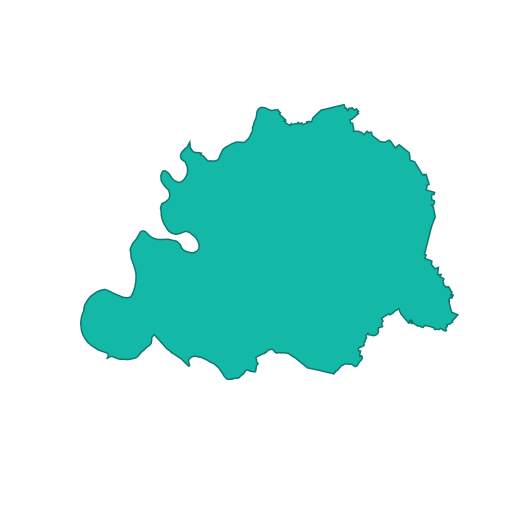 San Rafael, Veracruz, Mexico, rotated 160°
{"feature_id": "50627088B57037698095260", "entity_name": "San Rafael", "entity_type": "district", "adm_level": 2, "iso_a3": "MEX", "parent_name": "Mexico", "parent_adm1": "Veracruz", "projection": "albers", "projection_center": [-96.918, 20.214], "detail": "fine", "context": "isolated", "style": "filled", "palette": "teal", "viewbox_px": 512, "rotation_deg": 160, "n_neighbors": 0, "source": "geoboundaries", "source_scale": "gbopen_adm2", "svg_char_len": 6075}
<svg xmlns="http://www.w3.org/2000/svg" viewBox="0 0 512 512"><g transform="rotate(160 256 256)"><path d="M187.5,386.7L191.2,387.2L192.8,388.2L196.8,392.1L199.0,393.4L200.6,393.9L203.3,393.4L205.5,391.5L208.7,385.7L211.9,382.5L213.8,379.6L215.1,378.3L216.6,374.6L218.2,373.1L219.0,372.6L220.7,370.6L223.4,368.6L225.9,367.7L226.3,367.1L227.1,366.9L228.7,366.9L234.0,369.3L235.8,369.8L240.3,369.7L241.5,369.4L247.1,368.7L250.6,367.4L255.7,362.6L256.1,361.6L256.9,361.1L257.7,359.9L259.6,359.3L263.4,359.6L266.4,361.1L267.2,360.8L269.2,362.6L270.8,367.0L271.6,368.3L273.5,370.2L272.1,371.2L274.4,372.7L278.1,374.2L279.7,376.0L280.6,380.1L279.3,385.7L283.1,382.1L286.2,381.0L289.7,379.2L291.2,378.1L292.5,376.3L293.1,374.6L293.0,372.6L291.3,369.8L290.3,368.8L290.1,364.6L290.2,362.3L290.8,360.8L290.6,360.6L292.7,356.6L294.4,354.7L298.2,352.1L300.7,351.3L303.2,351.5L304.1,352.0L307.1,355.1L308.5,358.1L309.4,362.4L310.5,364.8L311.8,366.7L312.6,367.3L314.2,367.7L315.8,366.6L318.0,364.0L319.3,359.1L318.5,354.8L317.5,351.8L316.5,349.9L315.5,347.4L316.1,342.7L317.6,340.2L318.6,339.3L322.5,337.8L326.6,337.4L329.4,333.7L329.7,331.0L331.1,326.4L331.6,323.1L331.5,318.2L330.2,311.3L329.2,308.7L327.4,306.3L324.0,303.8L319.9,303.1L315.7,303.3L313.3,303.1L312.4,302.6L312.0,302.0L311.1,301.5L310.2,300.6L306.5,294.2L305.6,290.4L305.5,288.2L305.9,284.9L307.3,282.3L309.4,280.8L313.5,280.4L315.7,281.1L320.4,284.4L322.2,286.6L323.1,289.1L323.3,292.7L325.3,296.8L332.8,301.8L340.1,304.1L344.0,305.9L346.5,308.0L348.1,309.8L349.6,312.4L351.1,315.9L352.5,317.7L354.2,318.4L356.1,318.3L362.7,312.8L367.2,310.2L368.5,309.1L371.2,306.2L372.2,304.6L372.5,302.2L374.0,296.8L374.0,289.0L374.3,284.0L374.9,280.2L375.8,277.4L377.5,273.4L380.5,268.1L384.1,263.6L387.6,260.4L390.7,260.6L394.6,262.3L400.8,267.8L406.7,274.0L409.5,276.3L412.4,276.8L416.3,276.9L419.2,276.4L424.1,275.0L426.3,274.1L429.5,272.0L433.1,269.1L434.6,267.4L436.7,263.5L436.6,263.3L439.3,260.4L441.3,257.6L443.7,252.9L445.5,245.5L445.6,241.9L445.1,237.7L443.7,232.6L441.5,228.6L436.3,221.6L429.9,216.4L428.6,214.9L428.7,213.8L429.3,212.1L431.5,210.4L430.0,211.0L427.0,211.3L425.4,210.8L422.0,207.5L419.0,205.4L415.9,204.4L411.9,202.5L405.7,201.5L403.1,201.5L400.8,202.4L396.2,205.1L393.6,205.9L389.7,207.8L387.5,208.1L386.2,208.6L384.4,209.8L382.6,212.9L382.1,214.9L378.5,216.9L371.5,199.5L369.1,195.8L368.5,194.1L367.5,193.2L361.5,185.0L356.9,175.4L356.0,175.7L355.7,176.5L355.7,179.3L355.1,180.9L354.5,181.7L353.4,182.4L350.6,183.2L348.6,183.0L346.7,182.4L344.3,180.6L341.5,179.0L337.1,174.4L334.9,171.6L332.1,168.9L329.2,163.3L327.4,156.5L327.3,154.7L325.5,150.4L324.3,149.6L320.3,148.4L317.7,148.4L314.4,147.3L313.4,147.5L310.8,148.8L307.8,149.6L305.2,151.7L304.1,152.1L302.4,151.4L301.4,150.2L299.9,149.1L297.2,147.7L296.3,147.5L295.7,147.9L293.0,152.9L290.8,154.0L291.6,156.0L291.5,157.1L290.9,158.2L291.1,159.8L290.6,160.7L287.7,161.4L286.7,161.2L284.3,161.7L281.2,161.6L280.6,162.3L279.7,161.9L277.6,163.0L275.4,163.4L272.6,162.8L271.6,161.0L271.3,159.6L269.7,157.6L269.3,157.8L269.0,157.6L267.0,157.2L266.3,156.6L262.7,155.5L258.9,153.4L256.4,149.7L254.2,147.2L245.8,133.2L238.6,128.8L225.7,120.3L224.8,120.3L223.6,118.6L221.0,119.7L220.8,120.0L220.9,120.6L219.0,120.5L213.0,123.8L212.4,124.0L211.8,123.7L211.1,123.8L209.8,124.2L208.0,123.8L205.6,122.4L204.4,122.2L203.2,121.7L200.7,118.2L199.3,118.1L198.6,118.4L197.4,119.1L195.1,121.1L193.0,121.9L192.0,122.7L191.1,123.8L190.7,124.8L190.8,125.7L191.2,126.3L191.7,126.3L192.4,125.7L192.8,126.0L192.2,128.0L190.2,130.8L191.0,131.4L191.9,131.5L191.8,133.7L190.1,134.6L186.9,134.6L185.2,135.0L184.7,135.7L184.5,137.0L182.6,138.6L182.0,139.9L180.5,140.8L179.9,141.9L180.0,142.8L179.9,143.6L177.8,144.5L177.2,145.8L177.1,143.6L176.6,143.1L175.6,142.8L174.0,141.8L173.4,141.1L172.1,140.8L170.1,140.8L168.0,141.5L166.7,143.2L165.9,146.6L161.2,146.4L161.1,149.8L158.9,151.4L159.5,154.4L150.8,156.4L150.4,154.9L147.2,155.5L143.7,156.9L139.9,157.7L139.6,151.9L135.4,140.6L134.7,140.7L134.3,142.0L133.0,143.1L132.8,142.2L131.5,142.1L131.5,140.9L132.0,140.7L132.9,141.2L133.2,140.6L133.1,139.7L132.6,139.1L131.6,139.7L127.8,134.7L127.0,134.8L126.4,134.6L125.4,133.1L123.4,131.7L121.1,133.1L116.0,129.8L113.5,127.8L113.1,125.6L111.0,125.5L110.3,124.9L109.1,124.2L107.4,124.9L104.1,120.9L102.6,120.8L102.4,123.6L100.3,124.4L100.2,126.0L96.7,125.8L93.9,126.8L94.2,127.5L93.9,127.7L86.4,131.7L91.4,136.3L90.4,147.6L89.8,147.4L88.9,150.0L87.2,150.0L86.9,149.7L85.9,149.7L86.3,150.9L84.8,151.0L84.4,151.5L86.7,153.1L84.8,152.7L85.5,153.5L84.2,155.1L84.8,155.9L85.2,160.5L85.6,161.2L86.0,161.5L88.3,161.4L88.1,162.7L89.1,163.5L89.6,164.6L89.0,166.0L89.1,167.9L87.3,170.3L90.2,173.7L88.3,175.3L89.9,175.7L91.7,176.6L88.5,182.9L92.4,182.8L94.1,188.2L94.1,188.6L93.3,189.4L92.5,191.1L98.2,195.9L95.8,198.8L97.2,199.8L82.1,222.0L80.1,224.7L75.3,230.2L74.8,230.5L74.1,232.0L72.8,240.9L72.4,240.5L73.4,243.8L72.7,243.4L71.5,243.4L69.5,246.2L69.8,247.3L71.6,248.6L70.7,251.9L69.4,253.6L67.6,252.9L66.4,254.6L73.6,260.0L71.7,262.4L70.9,264.2L68.8,264.1L68.3,274.5L70.3,274.4L70.2,275.3L71.7,275.2L74.8,290.4L77.9,292.8L78.5,294.1L77.2,297.2L77.2,299.2L76.7,300.2L76.9,300.9L83.4,311.6L86.7,310.6L87.8,309.7L88.2,310.0L90.3,318.0L90.9,319.0L92.1,319.4L95.5,318.7L97.5,319.5L100.5,321.3L105.6,329.6L105.6,330.9L105.2,331.9L105.5,333.2L108.1,333.2L108.7,335.1L109.4,335.2L113.0,333.1L114.5,335.7L114.4,335.9L114.8,336.4L115.9,336.8L116.9,338.1L119.7,339.1L120.1,339.4L121.7,339.6L120.6,342.6L119.9,347.9L121.5,348.3L121.0,352.2L119.0,351.8L112.2,354.5L110.9,354.8L111.6,356.5L110.2,356.9L111.4,360.0L113.6,359.3L114.9,362.5L116.8,362.4L117.9,363.0L120.2,361.2L120.4,361.4L120.4,363.9L121.6,364.4L121.5,368.1L145.0,370.8L155.2,366.4L158.0,363.0L160.6,364.5L162.5,364.6L162.1,363.5L167.1,363.5L167.5,365.4L169.9,365.3L170.6,366.1L170.3,366.9L170.8,367.2L171.9,366.3L177.8,367.6L177.8,368.3L179.5,367.0L180.4,368.4L182.3,370.2L182.2,372.4L183.3,373.0L181.6,373.6L185.6,381.6L184.1,382.2L185.1,384.5L185.4,386.1L187.1,385.9L187.5,386.7Z" fill="#14b8a6" stroke="#0f766e" stroke-width="1.5"/></g></svg>